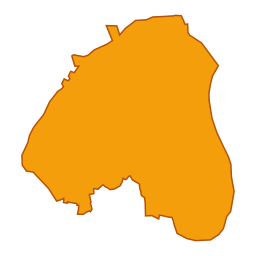 Jos North, Plateau, Nigeria
{"feature_id": "59680162B88998270560680", "entity_name": "Jos North", "entity_type": "district", "adm_level": 2, "iso_a3": "NGA", "parent_name": "Nigeria", "parent_adm1": "Plateau", "projection": "natural_earth1", "projection_center": [8.888, 9.939], "detail": "fine", "context": "isolated", "style": "filled", "palette": "amber", "viewbox_px": 256, "rotation_deg": 0, "n_neighbors": 0, "source": "geoboundaries", "source_scale": "gbopen_adm2", "svg_char_len": 2104}
<svg xmlns="http://www.w3.org/2000/svg" viewBox="0 0 256 256"><path d="M175.6,15.4L174.7,15.4L173.9,15.9L169.6,16.1L165.4,16.4L159.0,16.7L152.6,17.0L146.4,19.8L140.8,20.1L140.0,20.2L135.8,20.4L125.4,28.3L119.7,34.9L116.8,25.9L106.3,25.6L112.4,40.6L106.9,44.2L94.4,49.8L88.2,55.1L83.9,56.7L73.5,54.8L71.8,56.0L74.9,66.2L78.8,66.2L74.2,72.6L70.7,71.4L68.4,76.1L69.9,78.6L68.1,80.8L64.2,78.9L61.8,83.6L63.4,86.7L61.8,88.7L57.7,91.4L49.6,101.8L43.7,114.5L37.6,122.2L33.6,127.4L29.6,135.1L29.2,136.8L27.8,142.6L21.9,155.3L22.3,165.2L26.5,171.1L33.2,172.1L35.4,174.5L42.1,181.6L48.8,188.7L53.3,195.9L55.7,199.6L56.6,201.1L60.5,199.9L61.5,199.5L63.3,198.5L63.7,198.3L63.7,200.3L63.5,202.6L67.6,203.1L67.7,201.8L69.5,202.4L76.6,203.5L76.8,203.7L77.0,205.3L78.6,205.1L78.6,207.1L78.6,208.5L77.5,214.2L82.5,214.3L83.3,214.3L85.4,212.9L86.4,212.2L88.3,211.3L89.5,210.9L90.4,211.7L92.0,209.3L91.0,205.1L90.4,203.2L91.0,202.1L89.9,196.8L89.3,194.7L89.4,194.3L90.0,194.2L90.7,194.4L91.6,193.9L92.5,194.0L93.9,193.5L93.7,190.6L93.7,188.6L94.6,188.8L95.3,188.7L95.7,188.9L96.2,189.0L96.5,189.0L96.8,189.1L97.5,189.1L97.9,189.0L98.5,189.1L98.7,188.8L98.5,188.5L100.4,187.0L102.2,185.5L103.1,184.8L105.4,186.8L107.3,187.8L109.1,188.8L109.5,189.4L110.5,189.6L113.7,189.1L114.3,189.0L117.7,187.2L120.4,185.5L122.2,181.8L123.1,178.3L123.9,178.9L124.7,179.3L125.4,179.5L125.9,179.5L126.3,179.4L126.8,178.9L128.1,177.0L129.0,176.2L130.1,175.8L132.3,179.8L138.8,183.7L139.4,184.1L139.7,188.4L140.7,191.2L141.3,195.3L143.4,197.0L144.5,197.4L145.2,202.9L145.5,215.9L152.0,215.6L158.7,219.0L159.4,215.2L163.5,215.9L168.2,217.0L171.6,217.3L172.4,218.6L173.1,220.3L174.4,225.5L177.2,233.5L179.9,234.9L187.0,238.6L195.6,240.6L204.1,240.2L210.5,239.9L218.8,234.5L223.3,228.7L224.7,224.2L226.6,216.7L230.6,211.5L232.4,201.5L234.1,191.5L231.4,176.7L230.9,164.4L228.5,157.0L223.8,147.4L216.9,132.8L214.9,126.9L214.4,125.5L212.0,118.2L209.2,101.0L208.9,93.5L210.6,83.5L212.5,76.0L218.4,65.7L201.5,42.9L189.8,35.3L188.0,32.6L187.6,24.0L185.0,24.3L183.5,20.4L181.2,15.7L175.6,15.4Z" fill="#f59e0b" stroke="#b45309" stroke-width="1.5"/></svg>